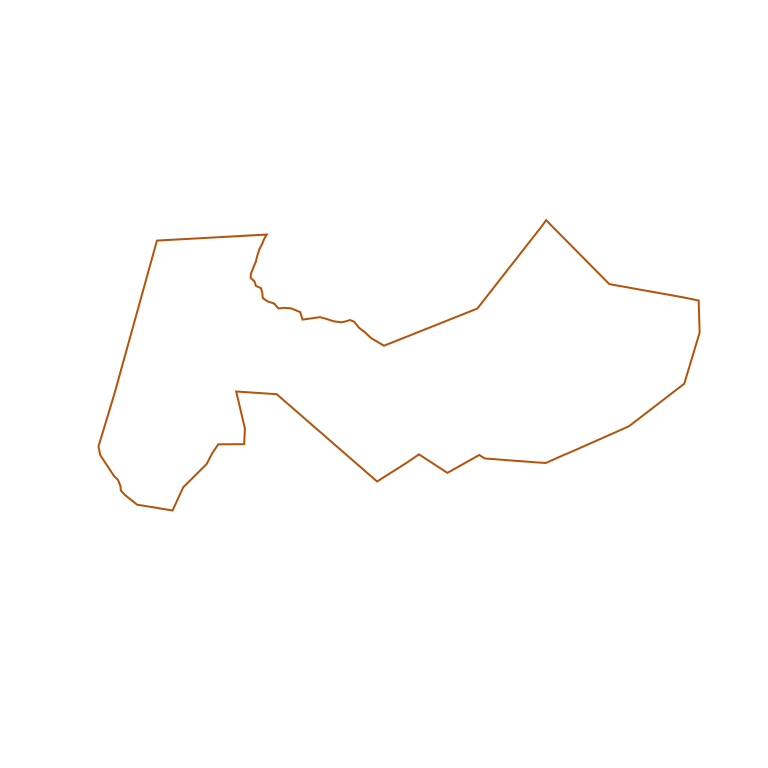 the district of Santa Cruz do Piauí, Piauí, Brazil, rotated 117°
{"feature_id": "56859067B17419756399770", "entity_name": "Santa Cruz do Piauí", "entity_type": "district", "adm_level": 2, "iso_a3": "BRA", "parent_name": "Brazil", "parent_adm1": "Piauí", "projection": "mercator", "projection_center": [-41.758, -7.235], "detail": "fine", "context": "isolated", "style": "outline", "palette": "amber", "viewbox_px": 768, "rotation_deg": 117, "n_neighbors": 0, "source": "geoboundaries", "source_scale": "gbopen_adm2", "svg_char_len": 1078}
<svg xmlns="http://www.w3.org/2000/svg" viewBox="0 0 768 768"><g transform="rotate(117 384 384)"><path d="M501.1,481.3L486.7,487.8L457.8,512.3L441.8,475.0L474.0,345.9L443.8,328.0L430.8,320.9L434.4,287.2L404.0,266.9L404.6,260.4L384.9,213.2L380.9,204.0L365.4,191.4L362.3,188.7L310.5,146.6L247.4,116.6L194.9,126.1L166.8,141.5L170.4,154.8L192.7,228.6L170.1,296.9L167.9,303.7L164.4,313.9L173.6,315.4L274.4,335.1L349.9,401.4L349.0,416.2L346.6,424.4L345.4,431.3L342.0,439.0L342.5,443.4L345.9,446.9L348.5,450.2L350.9,457.1L352.3,465.7L353.5,471.4L363.6,485.8L358.0,491.3L358.4,497.0L358.8,501.2L361.5,507.6L364.6,512.3L362.2,518.4L363.2,525.0L362.5,531.0L358.2,533.7L354.5,537.1L354.7,542.7L351.4,546.0L350.0,551.1L346.1,552.6L339.3,553.3L333.2,553.7L327.8,555.0L320.8,556.2L314.6,556.2L309.6,556.6L304.1,556.4L359.3,651.4L515.4,619.7L569.4,610.0L576.2,604.5L588.5,582.9L590.3,577.4L594.6,572.5L598.4,570.1L600.1,565.6L601.4,560.2L603.6,549.1L592.7,515.0L584.4,515.3L567.2,516.0L535.8,505.7L523.5,505.6L513.0,504.3L501.1,481.3Z" fill="none" stroke="#b45309" stroke-width="2"/></g></svg>